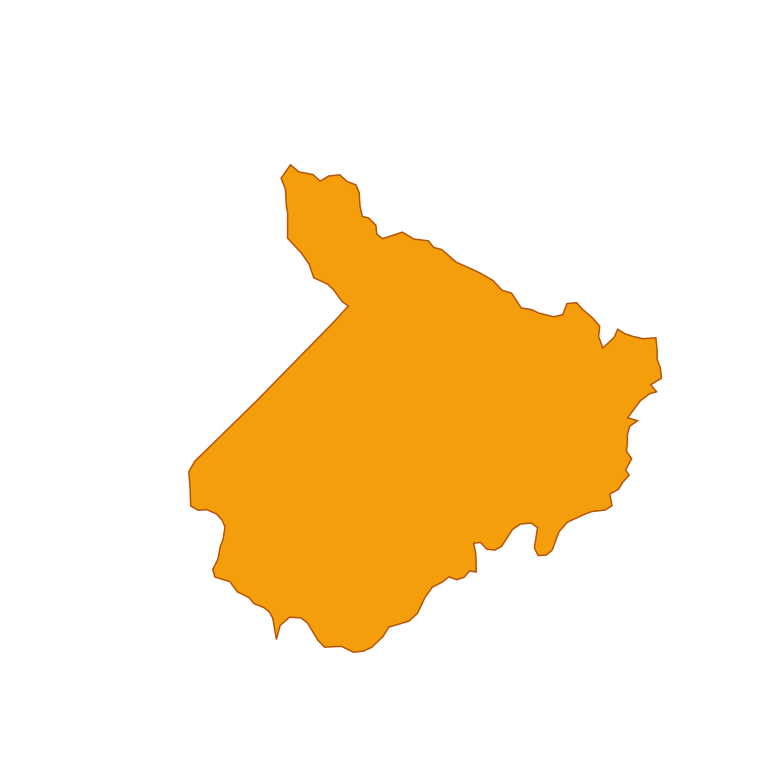 Santana do Itararé, Paraná, Brazil, rotated 55°
{"feature_id": "56859067B73123579493157", "entity_name": "Santana do Itararé", "entity_type": "district", "adm_level": 2, "iso_a3": "BRA", "parent_name": "Brazil", "parent_adm1": "Paraná", "projection": "natural_earth1", "projection_center": [-49.628, -23.749], "detail": "fine", "context": "isolated", "style": "filled", "palette": "amber", "viewbox_px": 768, "rotation_deg": 55, "n_neighbors": 0, "source": "geoboundaries", "source_scale": "gbopen_adm2", "svg_char_len": 1910}
<svg xmlns="http://www.w3.org/2000/svg" viewBox="0 0 768 768"><g transform="rotate(55 384 384)"><path d="M502.1,134.8L495.4,146.0L487.3,153.2L481.3,157.6L473.2,161.2L477.9,168.8L480.0,184.1L468.3,181.0L460.3,174.1L449.8,175.2L436.8,178.5L427.8,179.6L423.1,188.0L429.7,197.7L426.3,206.5L420.1,211.8L414.6,216.6L407.6,220.5L400.5,227.9L382.7,227.4L375.0,233.5L361.4,235.5L347.9,241.8L325.5,255.0L313.7,257.9L307.0,259.6L300.6,265.0L292.2,265.5L282.5,276.3L270.1,281.9L264.1,301.9L257.0,303.9L249.3,299.6L239.2,301.3L234.2,305.7L224.5,301.6L212.7,294.4L204.8,292.8L197.1,298.0L187.3,300.3L181.9,310.0L181.2,320.0L171.6,322.1L161.4,332.1L150.8,334.9L156.4,350.2L167.9,353.0L182.7,362.2L188.7,364.9L209.3,379.4L228.8,376.6L242.7,376.6L256.6,380.6L269.8,373.0L277.5,371.3L292.6,371.0L299.6,368.5L304.3,389.1L324.7,498.0L338.8,583.4L343.9,594.2L357.6,602.3L373.0,612.3L380.8,608.7L385.1,601.4L394.2,595.8L402.6,594.7L409.9,596.2L419.0,605.0L423.3,611.4L432.1,620.3L437.7,630.7L445.1,633.2L457.5,623.6L470.0,623.4L481.3,617.2L489.4,616.4L498.4,610.6L504.8,608.7L512.1,609.5L531.6,618.7L522.2,607.5L520.9,595.1L527.9,586.2L536.0,583.7L555.8,585.1L565.4,583.7L574.4,569.4L586.2,562.9L591.0,554.0L592.6,545.0L590.3,529.7L585.9,519.4L592.6,499.5L591.0,488.0L582.3,472.8L578.2,461.2L579.6,450.0L579.3,441.4L586.0,436.7L588.3,429.4L586.2,421.1L590.9,416.3L583.0,410.9L575.9,406.3L565.8,401.9L569.2,395.8L578.3,394.5L583.6,388.6L584.5,380.9L576.8,362.0L577.0,352.5L582.3,343.3L589.6,340.5L604.6,354.9L613.0,356.1L617.2,349.2L616.5,341.6L605.3,325.2L602.4,312.8L605.7,294.4L607.7,286.8L614.1,275.2L614.5,267.1L603.7,262.2L604.7,252.2L601.4,244.7L599.3,235.4L593.0,235.5L587.3,224.1L577.9,223.8L572.1,218.6L565.2,213.8L559.5,206.9L559.5,197.4L551.4,203.8L544.7,183.6L544.3,172.1L546.7,165.2L537.6,166.0L538.4,153.3L529.0,148.3L520.3,146.0L513.6,141.3L502.1,134.8Z" fill="#f59e0b" stroke="#b45309" stroke-width="1.5"/></g></svg>